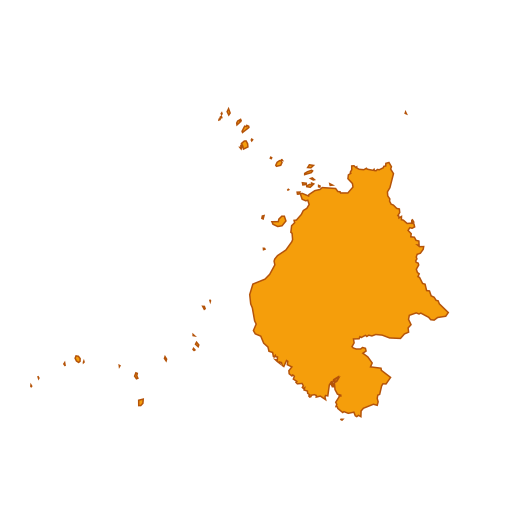 the district of Belitung Timur, Bangka-Belitung, Indonesia, rotated 190°
{"feature_id": "22746128B98690900191937", "entity_name": "Belitung Timur", "entity_type": "district", "adm_level": 2, "iso_a3": "IDN", "parent_name": "Indonesia", "parent_adm1": "Bangka-Belitung", "projection": "albers", "projection_center": [108.219, -2.955], "detail": "fine", "context": "isolated", "style": "filled", "palette": "amber", "viewbox_px": 512, "rotation_deg": 190, "n_neighbors": 0, "source": "geoboundaries", "source_scale": "gbopen_adm2", "svg_char_len": 6153}
<svg xmlns="http://www.w3.org/2000/svg" viewBox="0 0 512 512"><g transform="rotate(190 256 256)"><path d="M92.5,291.6L92.5,294.4L96.5,293.6L98.9,294.9L97.3,295.1L98.2,299.0L101.1,299.2L103.3,302.0L106.9,301.8L107.0,304.9L110.7,307.6L109.4,310.6L107.1,310.4L104.8,312.2L106.0,315.0L108.1,315.5L112.8,314.3L117.1,316.9L119.1,317.0L119.6,320.2L121.8,318.3L122.3,320.2L123.3,320.4L122.0,323.8L123.0,327.2L125.7,327.3L129.5,330.0L131.9,330.5L134.0,333.2L134.1,335.4L136.7,338.1L137.7,342.0L136.0,346.5L134.9,361.0L138.5,365.0L138.1,367.4L141.3,371.2L144.2,369.8L143.9,367.1L145.7,366.5L146.0,365.0L149.6,362.3L151.5,362.3L152.6,360.8L154.2,360.7L154.8,361.9L155.6,360.7L161.5,360.8L162.5,361.6L164.8,359.7L169.6,359.3L172.0,360.2L172.3,361.3L173.1,360.5L175.2,361.9L177.4,361.3L176.7,357.6L177.7,354.9L177.0,353.9L179.1,351.9L178.9,348.1L173.6,344.1L172.5,340.7L176.5,334.0L183.5,332.8L183.0,332.3L184.3,333.4L184.4,333.9L186.6,333.7L189.3,336.3L202.7,334.9L204.4,332.7L209.4,330.6L214.6,325.6L214.6,324.2L221.4,325.7L223.2,325.0L220.4,319.9L216.6,319.0L214.7,319.9L212.6,316.0L214.2,311.8L217.3,309.0L218.6,304.7L222.4,298.4L224.7,297.7L223.7,295.5L226.2,292.0L225.8,285.4L224.4,284.6L222.8,278.5L223.2,276.3L227.6,267.1L234.9,260.1L237.0,256.3L237.3,254.1L235.9,250.5L239.3,240.4L243.1,234.8L254.2,227.8L255.5,216.9L252.9,207.9L250.6,204.3L246.1,191.9L244.0,189.0L245.6,182.1L243.2,179.2L237.4,177.9L233.3,171.5L228.4,168.4L226.7,164.4L222.9,163.9L221.4,160.0L220.6,159.6L219.7,161.5L218.9,160.2L217.3,160.3L216.9,157.2L219.0,157.3L216.9,155.9L213.7,154.2L214.3,155.7L212.4,155.5L211.2,152.8L209.4,152.0L207.8,158.4L206.4,157.8L206.3,154.4L201.4,153.0L203.7,148.8L202.9,145.8L199.8,144.1L199.3,145.2L198.2,144.9L197.3,144.0L197.9,141.3L194.0,139.6L194.7,138.5L193.1,137.3L188.5,138.5L186.8,136.3L187.6,134.6L186.3,133.8L185.2,134.7L185.4,132.4L181.9,131.9L181.3,129.8L179.0,128.6L179.7,127.3L178.6,126.4L177.5,127.0L177.3,128.5L174.5,129.6L172.3,129.1L172.2,127.5L168.3,129.2L162.5,126.6L163.6,129.2L163.3,130.7L161.0,130.7L161.4,141.8L159.7,145.9L160.1,142.8L158.8,141.5L158.1,147.7L154.1,151.3L153.8,150.3L153.2,150.7L154.4,147.1L155.1,146.2L156.6,145.0L158.1,140.6L157.3,140.5L156.2,142.5L155.0,138.2L151.8,134.1L148.3,133.7L148.2,132.8L149.9,133.0L149.7,131.7L152.1,125.8L150.7,124.0L151.1,121.6L150.0,121.8L148.9,120.0L143.4,116.9L142.4,118.0L137.8,117.1L132.5,119.2L130.5,115.9L128.9,115.3L127.4,116.9L124.8,116.0L125.6,121.6L123.8,124.7L114.6,130.4L110.7,130.0L110.4,133.6L111.9,136.8L111.9,140.1L110.2,141.2L109.7,150.0L108.8,152.2L105.7,152.6L102.4,159.8L112.7,165.2L113.4,167.2L124.0,166.7L123.0,170.8L128.3,176.0L133.9,178.8L131.1,181.5L132.2,184.1L135.2,184.4L136.8,182.6L141.1,181.8L144.2,182.3L145.7,183.4L144.3,187.5L145.6,191.2L140.1,192.4L139.6,194.6L138.2,194.0L134.4,196.9L132.9,196.0L131.2,197.6L128.0,197.4L124.4,199.5L118.0,200.0L110.2,198.5L99.4,199.9L96.3,205.0L92.5,207.5L93.7,211.6L91.4,215.3L94.8,220.1L94.7,224.2L88.3,227.8L85.4,227.2L83.8,228.4L75.3,225.6L72.9,223.6L69.4,223.8L66.4,227.0L58.7,229.6L56.8,233.7L67.1,240.7L68.9,243.5L70.9,243.6L73.4,246.3L76.6,247.2L79.1,251.7L82.0,251.6L84.6,257.6L87.2,257.9L91.2,263.3L92.9,263.8L92.2,266.8L94.2,267.8L95.8,270.8L94.2,275.4L95.0,277.1L97.2,277.6L97.9,279.0L97.0,281.1L98.0,282.8L97.6,285.6L94.6,287.3L92.5,291.6ZM239.7,288.8L235.6,290.3L232.6,295.7L235.0,300.1L237.5,299.7L239.9,296.3L240.0,293.7L246.3,292.5L244.8,290.2L239.7,288.8ZM288.2,362.1L286.9,359.1L282.9,362.0L283.7,365.0L285.7,367.6L287.5,367.2L289.9,364.3L288.2,362.1ZM345.5,88.3L343.5,88.7L341.8,91.3L342.2,95.5L346.5,93.6L345.5,88.3ZM251.4,347.9L247.4,349.6L246.6,352.6L247.8,354.2L249.4,354.0L251.5,351.9L252.3,348.8L251.4,347.9ZM289.7,381.9L291.4,376.4L290.7,375.3L285.3,381.3L285.7,382.5L287.7,383.0L287.8,381.8L289.7,381.9ZM412.2,120.4L411.0,121.7L411.4,124.5L413.5,126.4L415.9,126.4L416.4,123.9L414.6,121.4L412.2,120.4ZM222.2,344.6L216.0,347.7L215.0,349.6L216.1,350.1L220.0,347.9L222.4,345.8L222.2,344.6ZM218.1,333.1L214.5,333.1L211.6,337.0L213.9,337.5L213.3,335.6L215.3,336.0L218.2,334.0L218.1,333.1ZM220.5,352.1L217.2,352.4L215.1,355.2L219.3,355.1L220.5,352.1ZM352.4,114.3L351.1,115.1L352.6,117.3L352.5,119.8L354.0,120.1L354.7,116.6L352.4,114.3ZM309.5,393.1L307.3,390.1L306.3,392.3L308.6,396.3L309.5,393.1ZM158.0,145.9L154.5,147.2L154.1,150.9L157.6,147.3L158.0,145.9ZM297.5,385.7L298.1,383.6L297.5,381.8L295.3,384.6L295.3,386.4L294.4,385.8L294.1,386.7L294.9,387.9L297.5,385.7ZM300.3,158.6L297.2,156.6L296.9,158.5L299.6,160.8L300.3,158.6ZM222.2,334.1L219.0,335.1L219.1,336.4L223.0,336.2L222.2,334.1ZM326.3,137.1L326.1,138.9L328.1,141.1L328.4,139.2L326.3,137.1ZM225.9,324.1L224.5,324.4L223.8,326.6L226.6,326.0L225.9,324.1ZM215.7,341.8L212.8,340.8L211.7,341.3L214.1,342.7L215.7,341.8ZM108.2,318.8L108.8,318.2L108.4,315.4L106.5,316.8L108.2,318.8ZM297.7,194.5L296.9,195.3L298.1,197.4L299.8,197.2L297.7,194.5ZM290.8,360.2L289.2,358.8L288.8,362.1L290.1,362.2L289.6,360.4L290.8,360.2ZM256.8,294.1L255.4,293.7L255.1,297.2L256.7,296.5L256.8,294.1ZM195.2,338.4L192.9,339.1L195.9,340.0L195.2,338.4ZM300.6,152.2L299.8,152.9L301.5,154.2L301.8,153.0L300.6,152.2ZM314.4,387.6L315.4,386.4L315.1,385.6L313.7,386.3L314.4,387.6ZM425.9,117.7L426.5,116.3L424.8,114.6L425.9,117.7ZM250.1,264.9L249.7,263.5L248.3,264.3L248.9,265.0L250.1,264.9ZM206.6,336.4L206.4,335.0L205.1,334.9L205.0,336.0L206.6,336.4ZM133.9,422.4L132.5,422.1L133.7,423.8L133.9,422.4ZM280.5,370.4L280.8,369.4L280.2,368.6L279.5,369.9L280.5,370.4ZM258.6,355.9L258.9,354.8L257.9,354.5L257.6,355.5L258.6,355.9ZM304.1,166.7L302.6,166.7L304.3,167.8L304.1,166.7ZM316.1,383.5L315.1,384.1L315.2,385.1L316.1,384.4L316.1,383.5ZM294.0,204.9L293.1,203.1L293.0,204.0L294.0,204.9ZM235.8,327.3L236.5,326.1L235.3,327.0L235.8,327.3ZM142.1,110.3L143.9,110.0L144.0,109.7L142.8,109.3L142.1,110.3ZM371.7,124.6L371.3,123.3L370.9,124.3L371.7,124.6ZM455.2,89.9L455.1,88.5L454.7,88.2L454.3,88.9L455.2,89.9ZM314.6,391.0L315.0,390.2L314.5,389.5L314.1,390.1L314.6,391.0ZM448.8,97.5L448.6,98.1L450.0,99.8L448.8,97.5ZM407.3,122.5L407.5,121.4L407.4,121.0L406.9,121.7L407.3,122.5ZM248.2,355.1L246.7,354.9L247.2,355.4L248.2,355.1Z" fill="#f59e0b" stroke="#b45309" stroke-width="1.5"/></g></svg>